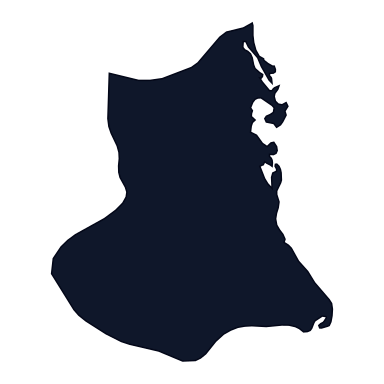 the Province of Phú Yên
{"feature_id": "VNM-482", "entity_name": "Phú Yên", "entity_type": "Province", "adm_level": 1, "iso_a3": "VNM", "parent_name": "Vietnam", "parent_adm1": "", "projection": "orthographic", "projection_center": [109.224, 13.226], "detail": "fine", "context": "isolated", "style": "filled", "palette": "ink", "viewbox_px": 384, "rotation_deg": 0, "n_neighbors": 0, "source": "natural_earth", "source_scale": "10m", "svg_char_len": 2524}
<svg xmlns="http://www.w3.org/2000/svg" viewBox="0 0 384 384"><path d="M252.2,23.0L252.9,25.6L252.9,35.5L253.7,42.5L255.8,50.2L259.2,56.3L263.6,58.8L263.8,60.3L268.0,63.6L272.6,66.2L274.2,66.1L275.4,69.4L275.3,71.8L273.4,73.1L269.5,73.4L269.5,75.8L271.0,77.3L271.5,78.4L272.0,83.1L269.1,80.1L261.4,66.5L257.7,57.7L248.4,46.9L245.8,41.5L243.2,41.5L242.8,47.3L244.7,49.8L247.7,51.3L250.5,53.9L252.2,57.8L253.6,64.9L255.0,68.5L259.6,72.6L262.7,74.5L262.4,76.6L261.0,78.3L259.8,78.0L262.2,81.9L269.5,90.7L272.0,90.7L273.4,88.7L274.7,87.7L279.0,85.8L277.8,89.3L274.8,93.4L274.2,96.6L275.4,101.2L278.3,104.1L282.1,104.8L286.1,102.6L287.9,106.3L284.9,111.1L286.1,115.1L282.7,121.7L280.5,124.8L276.6,127.3L273.8,123.5L266.3,122.0L264.8,118.6L266.4,116.2L270.1,114.6L273.4,112.4L274.2,107.8L272.1,105.4L261.0,97.8L257.7,98.0L255.0,99.3L252.7,102.3L250.5,107.8L252.4,110.7L251.5,113.5L251.3,116.5L255.1,120.0L252.4,122.5L251.2,126.1L250.5,132.2L256.5,135.2L262.4,143.4L267.1,146.6L271.0,142.9L273.8,142.3L276.6,146.6L277.2,150.6L276.0,153.3L273.4,154.6L269.5,154.3L269.5,156.5L271.2,158.2L272.1,160.2L272.4,162.8L272.1,166.3L270.4,165.0L266.5,163.0L264.8,161.6L263.2,164.8L262.4,165.0L259.8,166.3L264.6,178.6L267.7,183.7L272.1,188.5L271.6,177.3L272.8,173.0L276.6,171.2L276.6,169.0L275.1,166.2L275.4,164.3L276.8,164.1L279.0,166.3L280.4,169.4L281.1,172.7L281.4,180.1L280.6,182.8L276.7,190.9L276.7,194.5L279.0,201.9L278.2,207.7L276.5,213.2L275.6,218.8L276.7,225.1L279.5,229.9L282.9,234.4L285.0,239.2L284.0,242.4L288.4,245.2L291.3,248.2L298.5,261.2L307.8,271.6L314.6,282.7L329.2,299.7L331.6,303.5L332.4,309.1L332.0,315.8L330.9,321.8L329.2,325.5L327.6,326.2L321.5,328.0L319.7,327.9L318.8,325.4L320.7,323.7L323.2,322.4L324.5,320.8L325.3,319.4L326.4,317.9L326.0,316.6L322.3,316.0L315.0,320.8L313.9,322.7L311.7,328.3L310.2,330.4L307.3,331.6L304.3,331.8L303.6,331.9L299.3,328.5L295.4,326.6L289.0,325.1L281.8,325.0L266.2,326.5L251.8,325.7L244.7,326.1L237.8,327.3L230.7,330.1L223.6,334.1L215.7,341.3L205.7,353.8L200.5,358.0L195.4,360.5L182.6,361.0L158.7,351.0L129.9,344.3L121.4,341.5L106.1,333.8L85.9,320.9L78.8,315.2L74.0,309.7L51.6,273.7L53.3,258.5L61.1,246.9L67.9,240.3L75.5,234.7L104.5,218.6L115.8,210.2L122.8,203.1L126.2,197.0L126.9,192.0L125.4,187.1L120.1,177.5L118.8,172.3L118.6,165.9L119.3,158.7L119.0,152.4L117.2,145.8L111.2,133.2L108.9,126.5L107.9,118.7L109.3,73.3L138.5,80.4L150.2,80.4L162.2,78.7L191.5,67.5L197.9,62.9L219.8,37.2L226.5,32.1L243.3,28.0L251.3,23.6L252.2,23.0Z" fill="#0f172a" stroke="#020617" stroke-width="1.5"/></svg>